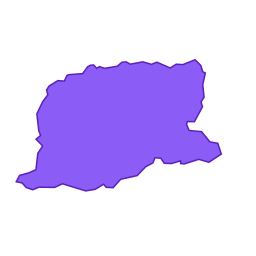 outline of Omagh, rotated 193°
{"feature_id": "GBR-2084", "entity_name": "Omagh", "entity_type": "District", "adm_level": 1, "iso_a3": "GBR", "parent_name": "United Kingdom", "parent_adm1": "", "projection": "orthographic", "projection_center": [-7.284, 54.591], "detail": "fine", "context": "isolated", "style": "filled", "palette": "violet", "viewbox_px": 256, "rotation_deg": 193, "n_neighbors": 0, "source": "natural_earth", "source_scale": "10m", "svg_char_len": 1032}
<svg xmlns="http://www.w3.org/2000/svg" viewBox="0 0 256 256"><g transform="rotate(193 128 128)"><path d="M37.1,133.3L31.2,123.6L41.5,112.8L52.0,113.4L65.2,105.6L68.7,105.2L69.4,107.8L77.8,103.1L84.8,101.8L89.2,105.9L95.1,105.1L95.8,99.7L102.1,94.2L108.3,83.7L123.6,76.4L129.1,66.5L135.8,65.3L139.2,67.7L146.1,60.9L155.0,57.2L179.3,58.9L186.1,53.6L201.4,50.3L207.0,46.4L213.8,47.1L218.7,50.6L224.8,50.5L223.0,57.4L214.7,61.9L208.3,66.7L210.2,83.0L207.1,91.3L215.1,96.4L211.5,101.1L214.3,105.2L220.0,121.3L217.1,134.3L213.6,142.4L215.9,146.7L214.3,151.2L207.0,158.4L200.6,159.4L199.3,165.4L197.8,166.6L184.4,170.8L181.2,178.4L178.8,180.7L175.6,181.7L171.9,179.1L169.7,181.4L164.2,180.9L152.3,185.8L148.7,190.7L144.6,192.0L140.2,190.7L128.4,195.8L119.5,195.3L114.7,198.6L100.4,196.0L95.4,201.0L88.8,202.1L78.0,209.6L71.1,205.3L67.8,199.6L65.0,199.0L64.9,187.0L60.8,175.1L62.7,169.7L60.2,165.5L64.7,149.1L71.7,147.6L71.7,144.7L67.9,139.3L55.5,141.0L45.1,132.9L37.1,133.3Z" fill="#8b5cf6" stroke="#5b21b6" stroke-width="1.5"/></g></svg>